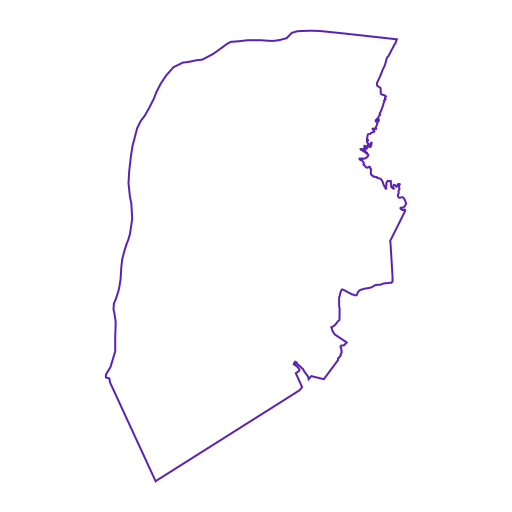 the district of Barito Timur, Kalimantan Tengah, Indonesia
{"feature_id": "22746128B29529230943245", "entity_name": "Barito Timur", "entity_type": "district", "adm_level": 2, "iso_a3": "IDN", "parent_name": "Indonesia", "parent_adm1": "Kalimantan Tengah", "projection": "orthographic", "projection_center": [115.357, -2.015], "detail": "fine", "context": "isolated", "style": "outline", "palette": "violet", "viewbox_px": 512, "rotation_deg": 0, "n_neighbors": 0, "source": "geoboundaries", "source_scale": "gbopen_adm2", "svg_char_len": 5996}
<svg xmlns="http://www.w3.org/2000/svg" viewBox="0 0 512 512"><path d="M155.7,481.3L156.3,480.7L299.5,390.3L302.1,387.1L295.8,373.2L298.8,371.1L299.5,370.0L299.5,369.7L298.9,368.8L297.8,367.3L296.1,365.8L293.7,364.2L293.8,363.7L294.9,362.1L295.2,362.3L295.4,361.8L296.6,362.4L296.2,363.5L297.3,363.9L303.0,369.1L304.3,371.5L308.1,376.6L308.6,379.2L311.3,376.1L323.8,379.2L337.8,360.4L338.0,360.2L338.1,359.7L338.0,359.1L338.0,358.4L339.0,357.8L339.1,357.3L340.0,356.5L340.3,356.1L340.4,355.4L340.8,355.1L340.7,354.5L340.8,353.9L341.4,353.0L341.7,352.3L341.5,351.7L341.7,351.1L341.3,350.1L341.2,349.0L341.3,348.2L340.7,347.7L340.5,346.7L341.2,345.5L343.9,345.4L346.7,342.4L339.3,337.5L334.7,334.4L332.6,331.2L331.7,328.3L331.3,327.3L332.4,326.8L334.7,325.3L336.0,323.8L337.4,321.9L339.5,319.8L339.6,307.8L339.1,306.4L339.1,297.4L339.7,296.0L340.2,293.4L341.2,290.6L341.8,289.5L342.6,289.5L345.1,290.6L348.3,292.5L350.3,293.4L351.2,294.0L352.5,294.5L353.2,294.5L354.3,295.1L355.2,295.3L355.7,295.4L356.2,295.2L356.8,294.9L357.2,294.2L357.7,292.5L359.3,290.6L359.6,290.3L360.1,290.2L360.4,290.0L361.9,289.4L364.5,288.7L369.3,287.9L371.6,287.3L373.2,286.3L375.3,285.1L375.7,285.1L377.0,284.8L380.0,284.8L381.8,284.2L382.6,283.8L383.3,283.6L385.2,283.2L387.2,283.2L390.2,282.7L391.5,282.8L392.6,281.2L392.6,280.8L392.5,280.5L392.6,280.2L392.5,279.6L392.6,279.1L392.5,278.8L392.6,278.7L392.5,278.4L392.6,278.2L390.5,243.0L390.1,241.1L404.8,211.6L404.9,211.3L405.1,211.1L405.0,210.7L405.1,210.1L404.9,209.7L404.4,209.6L403.2,210.1L402.7,210.1L401.2,209.3L400.5,208.6L400.5,208.0L401.0,207.6L402.2,207.7L403.0,207.5L403.4,207.4L404.6,206.5L406.0,204.0L406.1,203.5L406.0,202.9L404.9,200.1L404.5,199.3L403.8,198.2L402.9,197.4L402.7,197.2L402.4,197.2L399.4,197.8L399.1,197.7L398.8,197.5L398.5,197.1L397.8,195.7L397.8,195.1L398.7,192.9L398.5,191.6L398.7,190.7L398.9,190.0L399.5,189.2L399.5,188.8L399.1,187.8L399.2,185.9L399.1,185.1L399.2,184.9L399.8,184.5L399.8,184.3L399.7,184.1L399.4,184.0L398.8,184.0L398.2,184.1L397.7,184.6L396.9,186.5L396.6,186.8L396.3,186.7L395.9,186.0L394.6,184.9L394.2,184.8L393.9,184.9L393.7,185.1L393.3,186.0L393.2,187.0L393.1,187.5L393.1,187.8L393.6,188.1L393.9,188.4L393.9,188.6L393.6,188.7L393.2,188.7L391.4,187.0L391.1,186.3L391.0,185.5L391.2,184.4L391.2,183.9L390.8,182.1L390.8,181.0L390.3,180.9L389.0,181.2L388.7,181.2L387.9,180.9L387.7,180.9L387.0,181.7L386.9,182.1L386.3,183.1L386.3,183.5L386.5,185.1L386.1,185.7L386.1,186.0L386.1,186.8L386.0,187.9L386.2,188.5L385.7,188.7L385.1,187.4L384.7,186.9L383.5,184.5L382.7,182.0L381.8,180.4L381.6,179.9L381.1,179.5L380.8,179.0L380.5,178.8L379.2,178.4L378.8,178.2L378.1,178.2L377.3,177.9L376.9,177.5L376.8,177.2L376.7,177.0L376.2,177.2L375.7,176.9L374.5,176.9L373.7,176.4L372.9,176.4L372.6,175.9L372.5,175.5L371.6,175.1L371.0,174.4L370.8,173.2L370.9,172.7L370.7,171.4L370.9,170.9L371.0,169.2L370.8,168.8L370.3,168.4L370.1,168.0L369.9,167.1L369.8,166.8L369.5,166.6L369.2,166.6L368.0,167.4L367.5,167.7L367.1,167.6L366.0,167.3L365.7,167.0L364.9,165.8L364.3,165.2L363.8,165.0L363.4,164.5L363.8,163.2L363.8,162.7L362.4,161.1L362.1,160.0L361.8,159.8L361.3,160.0L360.7,160.1L360.4,160.0L359.6,159.2L359.4,158.8L359.6,158.6L359.8,158.5L361.5,158.5L362.7,158.6L363.6,158.8L364.1,158.6L365.2,158.4L366.4,157.7L368.0,156.0L368.1,155.4L368.3,155.1L368.3,154.7L367.6,154.2L367.2,153.7L367.2,153.1L367.1,152.9L366.8,152.9L366.5,153.3L366.1,153.3L365.7,152.6L365.6,152.0L365.7,151.4L365.7,151.2L365.4,151.0L365.0,150.9L364.8,151.2L364.5,151.8L364.2,151.8L362.7,150.6L361.5,150.0L360.8,149.6L360.5,149.3L360.5,149.1L361.4,148.9L362.5,149.5L363.3,150.2L363.6,150.2L363.8,150.0L363.9,149.4L363.7,148.6L363.9,148.3L364.2,148.3L365.4,148.8L366.1,148.9L366.6,148.6L366.9,148.3L366.7,148.0L366.2,147.9L365.4,148.1L365.1,148.0L364.9,147.7L364.7,147.1L364.6,146.6L364.3,146.2L364.4,145.9L365.5,145.9L366.5,146.4L367.2,146.6L368.7,146.7L369.1,146.7L370.2,147.1L370.4,147.0L370.6,146.8L370.8,146.4L371.0,145.4L371.4,144.9L371.4,144.7L371.3,143.8L371.6,142.9L371.6,142.7L371.4,142.7L371.1,142.8L370.8,143.5L370.0,144.2L368.4,145.1L368.0,145.0L368.0,143.4L367.2,142.4L366.9,141.6L367.0,140.7L367.9,140.6L368.1,140.4L368.0,140.0L367.0,139.6L366.8,138.8L367.2,138.1L367.4,137.3L367.4,136.3L367.8,134.5L368.0,134.3L368.3,134.2L370.4,133.8L370.9,133.0L371.6,132.6L373.5,132.2L374.2,131.7L374.4,131.4L374.4,131.1L372.7,129.3L372.6,128.8L372.7,128.7L374.6,128.7L375.7,128.9L376.1,128.9L376.2,128.7L376.2,128.4L375.7,127.9L375.7,127.4L376.9,125.1L377.1,123.9L377.5,122.4L378.8,120.7L378.9,120.0L378.5,119.0L378.2,118.8L377.9,118.7L377.6,118.9L377.3,119.2L376.9,120.0L376.5,121.0L376.1,121.6L375.9,121.6L375.7,121.4L375.7,120.5L375.8,120.2L377.1,118.7L378.2,118.0L378.8,116.3L379.0,115.9L380.1,114.9L380.1,114.6L379.7,114.1L379.7,113.3L380.8,111.5L383.1,105.3L383.5,103.4L383.8,102.8L384.3,101.7L384.3,101.4L384.0,100.6L385.1,99.8L385.5,99.4L385.5,98.9L385.0,98.9L384.9,98.7L384.9,98.1L385.2,97.4L385.9,96.4L384.8,95.7L384.7,95.4L381.4,94.4L380.8,93.7L380.6,88.3L380.0,87.5L377.5,86.1L377.1,85.4L376.9,83.1L380.0,76.6L382.9,69.3L384.7,65.6L385.7,62.4L386.5,58.9L387.1,57.5L388.6,56.0L389.0,54.9L390.6,52.0L391.6,49.9L393.2,47.1L393.5,46.3L394.7,44.1L395.3,43.4L395.6,43.0L395.9,41.5L396.8,39.3L341.4,33.2L320.0,31.0L310.5,30.7L297.5,31.2L291.9,32.8L286.6,38.2L279.8,40.0L273.6,40.9L270.1,40.9L260.8,40.2L247.8,40.2L239.4,41.2L230.6,41.9L226.9,44.0L217.6,50.8L212.7,54.2L202.1,59.7L196.7,60.2L188.6,61.9L182.8,62.6L173.5,67.2L166.3,75.3L160.7,83.7L156.3,92.3L153.8,98.8L148.7,108.8L144.7,115.8L140.8,120.9L137.1,128.3L134.5,138.5L132.6,145.5L131.0,155.5L129.2,171.1L128.5,183.1L129.9,196.6L131.3,203.3L132.2,218.7L131.0,227.0L129.9,234.2L128.5,239.1L126.6,244.0L124.5,250.5L122.2,259.3L121.3,267.2L120.6,279.0L119.1,288.2L118.4,291.1L115.6,299.7L113.9,303.5L113.5,309.4L114.3,312.7L115.6,321.2L115.6,326.2L115.2,336.7L115.2,351.4L110.5,367.0L105.9,374.6L105.9,377.5L109.3,378.4L110.1,382.6L154.3,478.4L155.7,481.3Z" fill="none" stroke="#5b21b6" stroke-width="2"/></svg>